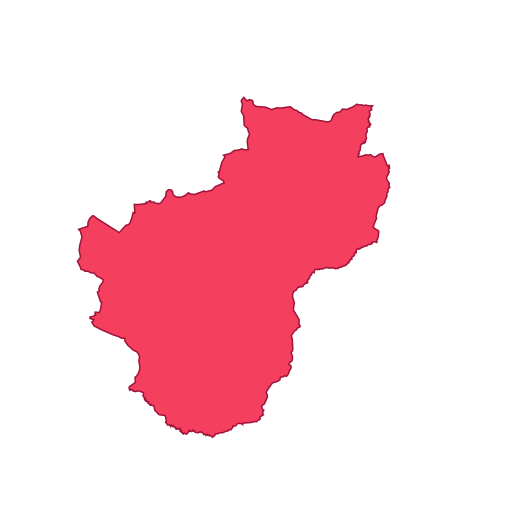 Nueva Granada, Magdalena, Colombia, rotated 59°
{"feature_id": "7082276B5814206039603", "entity_name": "Nueva Granada", "entity_type": "district", "adm_level": 2, "iso_a3": "COL", "parent_name": "Colombia", "parent_adm1": "Magdalena", "projection": "orthographic", "projection_center": [-74.297, 9.76], "detail": "fine", "context": "isolated", "style": "filled", "palette": "rose", "viewbox_px": 512, "rotation_deg": 59, "n_neighbors": 0, "source": "geoboundaries", "source_scale": "gbopen_adm2", "svg_char_len": 6123}
<svg xmlns="http://www.w3.org/2000/svg" viewBox="0 0 512 512"><g transform="rotate(59 256 256)"><path d="M306.6,145.5L304.7,144.2L303.0,141.8L298.4,138.2L297.5,138.0L293.2,140.3L291.3,140.5L286.8,134.8L286.1,133.3L283.9,132.7L277.6,126.4L276.8,123.5L277.3,121.9L276.5,118.0L275.4,117.5L272.0,112.8L269.6,111.7L269.0,109.7L266.9,108.7L266.0,105.9L264.2,105.8L262.1,104.2L259.1,104.6L256.6,104.2L254.8,102.2L254.1,100.4L252.8,99.3L252.6,98.4L250.8,98.2L249.6,97.2L249.4,96.1L248.0,96.3L248.3,95.9L246.9,95.1L246.0,96.9L236.1,95.3L233.6,94.5L232.3,97.6L232.6,103.0L230.3,104.8L228.2,105.6L227.6,106.4L227.8,107.9L226.0,109.2L224.9,114.1L223.7,117.1L223.2,117.4L222.1,115.7L221.3,115.6L221.4,114.9L219.5,114.0L219.1,112.4L214.5,108.8L214.3,107.7L215.0,105.9L215.0,105.3L214.0,105.2L214.9,103.8L214.5,103.3L213.7,103.1L213.1,101.8L211.6,100.4L210.2,100.3L208.1,98.9L206.5,96.4L204.0,95.5L203.2,93.5L203.7,92.3L203.1,92.4L202.4,91.6L202.8,91.2L202.3,90.1L201.7,90.7L201.5,90.0L199.7,90.0L199.0,90.6L198.3,89.6L196.2,89.4L195.8,87.9L195.0,87.5L195.0,86.5L193.8,86.4L193.2,85.1L190.7,84.6L190.1,83.2L190.2,81.5L188.3,80.8L187.3,79.9L187.6,79.4L187.2,78.7L185.8,81.4L183.3,84.1L182.3,86.4L181.0,87.4L179.4,90.2L177.9,91.2L178.1,97.1L177.5,98.9L177.4,102.3L174.6,106.2L175.7,109.6L175.6,110.8L174.6,112.4L174.7,115.6L175.4,117.6L178.7,122.1L178.3,125.2L169.6,135.1L168.1,137.8L159.3,142.8L157.0,143.4L154.9,145.2L152.5,145.9L150.4,147.9L145.7,149.7L142.2,158.1L139.5,162.3L138.6,167.2L133.5,171.0L128.2,178.4L125.7,180.0L123.6,179.9L121.8,179.0L120.3,179.3L118.6,181.1L118.2,183.9L113.7,184.8L114.8,187.9L115.6,188.9L118.9,189.5L124.5,194.2L129.4,194.3L137.6,198.7L138.8,198.7L142.2,197.5L145.7,198.5L148.1,198.7L151.4,203.0L153.4,204.6L160.7,207.8L159.7,210.5L156.7,213.2L156.5,215.4L154.4,220.5L154.8,225.3L152.9,231.9L154.9,231.4L158.3,237.2L164.7,243.9L164.6,245.2L166.7,245.4L168.5,247.4L170.2,247.5L174.7,245.4L176.8,245.5L175.6,255.3L176.8,259.5L176.5,261.1L175.2,265.6L174.2,266.8L173.6,266.8L171.6,276.9L169.1,280.3L167.0,281.3L167.6,285.9L167.1,289.5L166.0,292.2L165.1,292.4L164.4,294.1L162.5,294.9L160.4,295.4L157.7,294.3L155.7,294.7L154.1,296.9L154.6,299.7L158.5,302.8L161.5,310.6L161.2,312.1L158.2,315.8L157.1,315.6L156.0,318.2L154.3,318.0L153.9,319.1L154.2,320.5L153.4,322.6L154.6,322.7L151.6,329.8L149.1,333.8L156.8,337.7L155.4,338.9L159.4,342.8L162.8,347.1L163.4,348.6L162.7,351.8L165.5,361.2L141.5,373.2L138.3,374.3L137.3,375.5L138.3,379.4L140.6,382.6L143.9,384.9L141.8,394.3L144.1,393.8L150.0,395.3L155.9,401.4L160.1,404.7L166.0,406.7L167.4,408.3L168.5,411.8L175.3,412.3L177.4,412.9L179.3,410.7L180.6,410.8L182.7,407.8L185.2,406.3L187.4,403.5L192.1,402.6L193.2,401.2L194.9,400.7L197.3,399.1L199.5,400.7L201.1,405.0L203.0,407.4L204.9,408.1L205.3,410.6L214.1,412.6L215.5,412.8L216.2,412.1L221.6,416.7L223.7,419.4L221.3,422.7L222.6,423.8L223.8,423.6L223.9,426.6L222.8,429.4L223.8,430.5L226.5,428.6L227.0,427.7L228.0,428.9L228.1,430.8L232.6,430.8L239.9,426.3L250.2,418.9L254.4,415.2L257.2,413.6L259.0,410.7L261.4,412.2L266.8,411.8L273.2,409.8L277.0,407.4L279.1,407.2L282.3,407.6L285.3,410.3L291.7,412.9L293.9,414.7L296.2,417.7L297.5,420.3L297.7,422.2L302.2,424.5L302.8,431.9L304.0,432.9L305.6,433.3L306.8,433.2L305.8,433.0L305.7,432.2L306.1,432.2L307.2,430.7L308.3,431.0L310.2,429.1L310.9,426.4L314.9,423.0L315.8,423.1L317.5,424.8L318.9,425.0L320.2,424.0L321.0,425.4L321.6,425.4L321.9,424.5L322.5,424.5L322.5,425.1L323.2,424.5L323.5,425.1L324.3,425.0L325.2,423.5L325.7,424.0L326.1,423.6L326.7,424.3L327.4,423.6L328.9,423.8L329.2,422.5L329.8,423.0L331.7,420.7L336.1,422.2L342.1,420.8L345.7,416.4L346.6,416.1L351.1,417.8L352.0,419.1L355.5,418.7L355.5,417.8L357.0,417.2L356.9,416.4L358.1,416.7L357.4,415.7L358.9,415.4L358.5,414.5L359.2,413.9L360.0,414.5L361.0,413.7L363.3,413.7L363.9,412.5L363.2,412.2L364.2,410.9L365.0,411.0L364.9,410.0L366.6,410.9L367.0,409.9L367.5,410.0L367.6,410.8L368.1,410.3L368.8,410.8L370.0,409.8L370.4,410.2L371.2,410.0L371.0,408.5L372.8,407.6L372.8,406.1L371.0,403.1L372.1,403.1L372.0,402.8L373.3,401.7L373.2,400.5L373.7,400.0L372.8,399.7L373.2,399.0L375.8,399.0L377.8,396.5L377.9,394.1L378.9,394.0L379.6,392.7L382.2,392.7L382.1,391.9L383.4,390.8L383.8,391.1L383.7,389.8L384.6,390.0L385.3,388.4L385.9,388.6L385.9,388.0L386.5,387.9L387.1,386.9L388.9,386.8L388.7,384.0L387.6,382.3L388.8,380.2L388.7,378.7L390.4,375.2L390.8,371.5L391.6,370.4L390.9,368.7L392.1,367.1L390.6,363.6L389.8,363.4L391.2,360.8L390.3,359.0L390.3,357.4L392.3,354.7L393.5,354.3L392.8,354.0L392.6,353.1L396.4,345.6L397.1,342.6L398.3,341.0L397.8,338.9L398.1,337.1L397.7,336.2L396.0,335.6L395.9,331.4L394.5,331.3L393.2,330.5L392.2,328.7L390.9,329.3L388.1,329.0L387.1,326.7L387.1,325.0L382.9,319.0L381.3,318.0L377.9,317.5L375.8,313.0L374.9,312.5L375.2,311.3L374.0,309.4L373.3,307.1L374.5,302.2L374.5,299.4L372.5,297.4L373.5,294.8L373.3,293.3L374.8,291.9L373.9,289.2L371.8,286.8L370.5,284.2L369.2,283.0L367.5,282.6L366.4,283.6L364.9,282.9L364.5,279.3L363.3,278.0L360.5,276.3L356.9,275.7L355.8,273.2L354.0,272.0L345.9,267.7L342.4,266.7L340.1,261.6L340.1,259.6L339.1,257.5L339.4,255.2L338.9,254.1L336.9,254.4L332.6,251.8L321.2,251.7L315.9,247.2L310.7,246.0L307.8,244.5L305.7,241.6L306.0,239.4L304.5,236.3L305.1,234.6L304.8,233.9L305.8,233.1L306.3,231.5L305.1,230.5L305.3,229.1L304.7,227.9L305.6,226.5L305.0,226.0L305.1,225.2L303.9,225.1L303.9,224.4L303.3,224.2L302.7,221.6L301.8,221.3L300.7,219.3L300.8,218.3L299.5,217.2L299.3,215.7L300.3,214.8L299.2,214.3L298.0,212.2L298.2,211.1L299.3,210.6L299.6,208.9L300.4,208.5L300.1,207.3L301.3,205.9L302.1,201.7L303.3,200.5L303.3,199.8L304.5,199.1L304.7,197.7L305.8,196.5L305.9,195.6L307.5,194.9L308.2,193.7L309.0,191.5L308.4,190.3L309.5,188.7L309.5,185.6L310.0,185.4L310.1,182.8L309.1,180.5L309.6,180.0L308.7,179.4L308.6,178.1L307.6,177.4L308.1,175.4L306.4,174.7L306.4,172.2L305.6,171.5L305.8,171.0L304.9,170.7L304.3,169.8L304.9,168.6L303.8,167.6L303.4,167.9L302.1,166.3L302.3,164.2L303.1,164.3L303.4,162.5L302.8,161.1L303.6,160.2L303.5,157.6L304.5,156.1L304.0,154.5L305.0,151.5L305.1,150.0L304.1,149.6L304.7,147.1L306.6,145.5Z" fill="#f43f5e" stroke="#9f1239" stroke-width="1.5"/></g></svg>